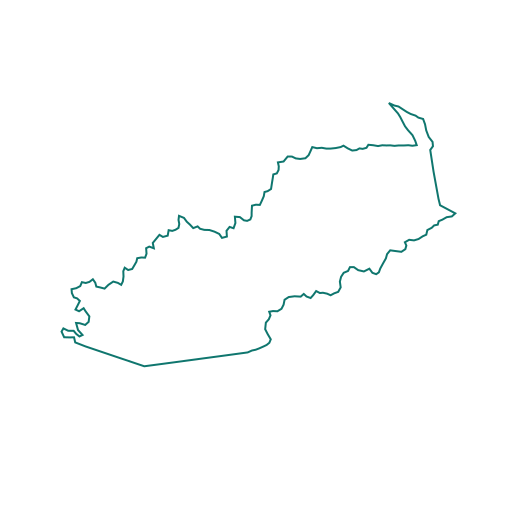 the district of Monte Alegre de Sergipe, Sergipe, Brazil, rotated 156°
{"feature_id": "56859067B92714311058260", "entity_name": "Monte Alegre de Sergipe", "entity_type": "district", "adm_level": 2, "iso_a3": "BRA", "parent_name": "Brazil", "parent_adm1": "Sergipe", "projection": "natural_earth1", "projection_center": [-37.621, -10.067], "detail": "fine", "context": "isolated", "style": "outline", "palette": "teal", "viewbox_px": 512, "rotation_deg": 156, "n_neighbors": 0, "source": "geoboundaries", "source_scale": "gbopen_adm2", "svg_char_len": 3047}
<svg xmlns="http://www.w3.org/2000/svg" viewBox="0 0 512 512"><g transform="rotate(156 256 256)"><path d="M456.3,250.6L448.6,242.8L424.2,220.3L402.9,200.7L383.3,194.9L345.8,183.9L323.7,177.4L302.8,171.3L298.1,171.3L294.4,170.5L290.7,170.3L285.7,170.3L282.5,170.4L279.1,171.3L276.4,173.9L277.1,179.9L277.4,185.4L274.1,191.1L270.0,193.0L266.9,195.9L266.6,199.7L262.9,198.8L258.9,196.8L254.2,197.4L250.6,200.3L247.7,204.4L242.8,205.2L237.1,203.5L231.7,200.7L227.8,201.9L226.3,198.4L223.2,195.4L219.6,197.0L215.3,199.5L212.7,196.2L209.8,195.2L206.4,192.7L203.8,189.8L199.7,190.1L195.5,189.8L191.4,192.9L189.8,198.5L186.7,202.4L182.7,205.0L178.0,204.9L174.7,207.6L171.1,206.0L168.4,201.5L163.7,198.0L157.6,198.3L156.5,193.3L153.6,190.5L150.4,191.1L147.6,194.0L142.9,197.6L138.3,201.0L135.5,204.4L131.1,206.6L126.9,204.0L121.5,200.7L116.8,201.5L114.4,204.4L114.4,208.0L109.5,208.5L105.3,206.0L100.6,205.4L95.6,206.2L91.8,206.2L88.9,210.0L84.0,210.3L80.8,211.5L77.2,210.7L74.9,213.5L71.0,213.4L66.0,213.9L61.0,212.5L56.6,213.9L67.2,227.5L66.0,234.1L59.5,260.8L53.7,282.0L49.7,284.3L48.3,288.4L49.8,294.5L49.4,301.5L48.0,307.6L47.6,313.2L51.4,316.4L53.1,319.3L56.9,322.8L59.6,326.2L62.5,330.7L65.0,334.6L68.3,337.1L72.4,341.7L69.9,333.6L68.3,328.5L67.7,324.2L67.5,320.3L67.1,313.8L66.0,309.2L63.9,302.7L63.7,296.4L64.1,291.9L68.3,293.1L71.7,295.2L76.4,297.0L80.8,299.0L84.7,300.3L88.4,302.5L91.8,303.9L95.6,305.8L99.8,306.8L104.0,309.6L108.1,311.9L111.1,309.9L115.0,310.5L117.7,312.2L121.1,311.9L125.2,313.2L128.4,317.0L131.2,321.2L134.4,321.1L139.3,322.2L144.2,323.8L147.9,325.4L151.9,328.1L156.5,329.7L160.3,332.6L163.7,329.5L166.9,326.7L171.1,325.2L176.2,326.7L180.0,329.0L182.7,332.2L186.6,334.0L192.4,331.1L197.9,332.6L198.7,328.7L200.4,325.4L203.4,323.0L207.0,323.5L208.9,320.5L211.4,316.7L215.0,311.1L219.0,310.5L222.2,311.0L224.6,307.4L228.1,304.2L231.7,301.1L235.2,302.9L239.2,303.6L242.3,297.5L243.8,294.2L246.3,291.7L249.8,291.7L252.5,293.5L254.9,298.1L259.3,300.5L261.4,294.5L265.2,290.5L268.3,293.3L272.7,291.0L274.7,285.6L279.7,286.4L280.6,291.1L284.0,295.1L288.0,298.7L292.6,300.9L296.0,303.6L297.3,306.8L302.0,307.0L303.6,311.6L305.3,315.5L306.3,320.1L310.0,324.0L312.1,320.5L313.1,316.4L315.4,313.2L318.9,312.7L322.3,313.0L325.3,315.1L328.4,310.5L333.3,311.3L335.6,314.6L338.6,313.1L341.6,311.6L345.0,309.9L346.2,304.6L349.7,308.0L353.2,307.8L355.1,302.6L358.0,299.6L361.4,301.3L365.4,302.3L367.6,299.4L370.6,297.2L374.4,294.5L378.5,295.2L380.7,298.7L383.4,296.1L385.4,291.1L388.0,286.9L390.9,284.5L393.1,287.6L396.8,290.7L402.5,289.7L407.6,287.8L411.2,290.7L414.3,293.0L413.7,297.0L414.5,301.1L418.7,300.1L422.5,300.6L425.7,302.9L428.8,300.0L433.3,299.7L438.0,300.7L439.3,297.0L439.2,292.3L436.7,290.1L435.2,286.6L438.7,283.7L442.7,280.5L440.1,277.5L434.7,278.4L434.2,274.9L432.8,268.6L435.7,263.9L440.1,262.5L444.4,266.3L447.6,268.0L448.7,260.8L446.6,254.4L450.0,254.3L451.9,257.9L453.0,261.8L458.0,264.1L461.4,268.2L464.4,266.0L464.3,259.8L459.7,257.6L455.3,255.7L456.3,250.6Z" fill="none" stroke="#0f766e" stroke-width="2"/></g></svg>